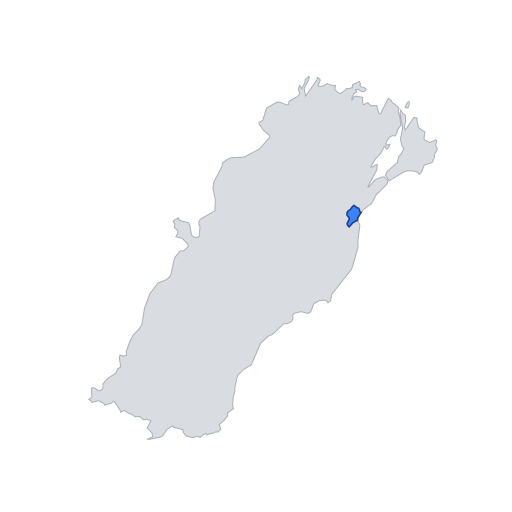 where Düzce sits in Turkey, rotated 126°
{"feature_id": "TUR-5519", "entity_name": "Düzce", "entity_type": "Province", "adm_level": 1, "iso_a3": "TUR", "parent_name": "Turkey", "parent_adm1": "", "projection": "natural_earth1", "projection_center": [31.197, 40.911], "detail": "fine", "context": "in_parent", "style": "filled", "palette": "blue", "viewbox_px": 512, "rotation_deg": 126, "n_neighbors": 0, "source": "natural_earth", "source_scale": "10m", "svg_char_len": 4205}
<svg xmlns="http://www.w3.org/2000/svg" viewBox="0 0 512 512"><g transform="rotate(126 256 256)"><path d="M392.6,184.5L399.7,186.8L401.9,185.1L408.2,185.3L413.9,186.6L416.8,182.8L420.9,183.2L421.7,185.2L423.6,185.9L429.7,190.9L429.0,191.5L430.5,193.3L435.7,194.6L436.3,197.1L440.3,200.9L442.6,206.7L441.6,210.8L439.5,213.3L443.0,222.1L442.1,223.3L448.4,226.1L456.1,225.7L458.6,226.9L466.4,233.9L468.4,236.5L463.1,233.2L460.3,236.1L459.1,242.9L451.0,244.2L452.4,248.6L454.7,250.7L454.2,254.9L454.8,256.6L457.2,259.3L457.0,263.1L458.1,267.1L458.4,271.9L461.8,273.4L460.4,275.6L457.0,285.3L457.3,286.1L459.8,286.3L465.7,290.8L464.8,292.3L465.7,298.5L470.9,302.6L470.1,304.7L470.4,306.8L466.8,305.8L459.7,311.4L458.9,311.2L457.8,309.3L457.3,303.7L455.5,302.3L453.2,302.0L449.3,304.5L445.7,304.4L442.1,303.9L432.4,300.4L428.9,301.6L425.2,300.3L418.3,307.1L416.1,307.7L415.0,304.3L412.4,302.4L409.3,305.0L397.1,308.3L391.5,308.8L384.5,307.7L378.8,308.0L363.5,315.6L348.7,319.7L335.4,319.4L328.0,314.6L322.2,313.5L305.3,320.8L297.0,320.5L294.1,317.5L287.7,316.3L286.3,319.1L285.1,326.0L287.5,332.2L283.8,332.6L281.6,334.0L281.0,338.7L277.7,340.6L276.7,343.5L276.1,343.5L270.7,341.2L272.2,338.9L268.7,330.1L270.3,327.4L277.1,320.3L276.9,316.2L273.9,313.3L265.2,318.5L264.4,320.5L262.4,322.1L259.2,322.7L243.5,315.9L234.4,321.9L226.7,330.5L220.9,333.7L203.5,336.1L200.5,337.8L194.6,336.0L191.0,333.7L183.0,323.8L167.8,316.3L151.8,314.5L150.4,316.4L149.9,324.1L147.3,331.2L146.0,332.0L142.4,330.2L130.1,334.4L119.6,329.7L117.8,327.7L115.5,319.4L114.0,318.7L112.3,319.9L110.5,319.9L103.0,316.3L98.9,316.0L96.5,319.6L92.5,321.0L92.4,320.0L94.0,317.7L87.6,318.1L84.3,319.9L79.7,318.8L80.0,317.9L83.7,316.7L92.2,315.5L97.6,309.9L77.4,310.2L75.5,311.4L75.2,308.5L76.4,307.2L81.7,306.2L81.4,303.8L78.2,301.2L74.7,299.8L73.1,293.8L71.3,292.3L71.6,291.5L74.9,290.4L75.6,286.0L75.2,283.3L68.7,281.0L67.2,281.2L65.7,278.8L62.9,277.2L60.6,278.5L54.1,275.0L55.4,272.4L57.0,272.4L57.3,270.4L56.1,267.0L56.2,265.2L57.7,264.8L59.3,265.1L60.9,267.1L61.0,271.0L62.8,273.3L64.0,271.0L67.0,272.3L72.3,271.1L73.4,270.1L69.5,270.2L68.0,269.2L64.9,262.9L68.2,261.0L70.6,257.9L66.2,255.8L67.1,251.5L63.3,246.6L68.6,240.3L68.3,239.4L66.7,239.0L50.7,241.7L50.5,238.8L51.7,236.4L51.7,230.3L52.5,227.1L55.4,226.1L59.1,221.3L65.1,215.6L71.2,215.7L73.6,214.2L77.3,214.1L78.3,216.3L81.5,217.9L87.1,217.6L89.8,216.1L87.2,213.3L90.4,212.5L93.0,213.1L91.6,216.2L92.3,216.5L99.6,215.5L107.2,216.3L115.6,215.9L116.6,214.9L110.7,211.9L114.5,209.2L116.7,208.7L134.3,206.2L134.4,205.6L123.6,204.2L118.1,200.6L116.6,198.7L117.7,193.9L118.9,192.7L122.7,192.5L136.0,194.7L145.4,193.4L155.7,196.5L165.6,195.9L167.6,194.5L170.1,190.0L184.0,182.5L188.8,178.6L210.4,170.9L242.8,172.2L248.4,169.3L251.7,170.3L250.8,172.2L251.0,174.1L255.0,178.6L260.8,181.2L268.8,179.0L271.7,179.9L274.6,187.0L279.7,191.2L282.1,191.6L285.1,189.1L287.9,188.8L292.7,191.2L294.4,193.7L310.0,196.7L313.3,198.8L323.8,201.0L346.8,195.9L355.4,199.4L362.6,200.5L365.6,200.0L374.8,195.9L377.7,193.6L383.4,191.6L390.6,187.1L392.6,184.5ZM94.0,171.9L93.3,175.1L94.7,178.6L97.9,183.4L101.2,185.9L116.9,192.5L114.6,198.7L110.7,199.6L97.2,196.6L91.7,199.1L87.7,198.5L82.2,199.6L80.6,203.3L76.8,207.6L65.9,212.9L55.9,223.3L53.0,224.7L54.3,221.1L54.3,218.0L58.6,214.4L64.7,211.6L66.4,209.3L51.1,209.7L49.7,206.5L51.3,205.9L56.3,200.2L56.8,197.9L56.4,192.2L62.5,189.0L63.0,187.7L62.1,182.1L56.4,178.9L56.6,177.4L60.7,175.9L63.1,172.0L69.0,171.3L71.9,169.4L77.0,168.5L83.4,173.3L91.0,171.4L94.0,171.9ZM47.9,223.0L42.7,223.8L41.1,223.0L42.8,221.3L46.8,220.1L48.0,221.8L47.9,223.0Z" fill="#d9dde1" stroke="#a8b0b8" stroke-width="1"/><path d="M158.9,196.6L161.9,196.5L162.5,196.2L163.0,196.2L163.4,196.3L163.7,196.3L164.6,196.2L164.9,196.3L165.1,196.3L165.3,196.2L165.4,195.9L166.4,195.6L167.1,195.2L167.6,194.7L168.5,195.5L172.3,197.2L177.7,197.7L177.3,200.1L176.2,201.4L174.1,201.8L171.3,202.3L170.2,203.1L170.1,204.5L169.3,206.6L167.6,207.8L165.4,208.0L162.9,207.0L159.3,207.1L157.5,206.5L158.0,205.6L157.5,205.0L157.3,204.3L157.6,203.5L157.6,202.6L157.2,201.9L157.0,201.1L157.8,199.4L159.1,198.3L159.0,197.7L158.9,196.9L158.9,196.6Z" fill="#3b82f6" stroke="#1e3a8a" stroke-width="1.5"/></g></svg>